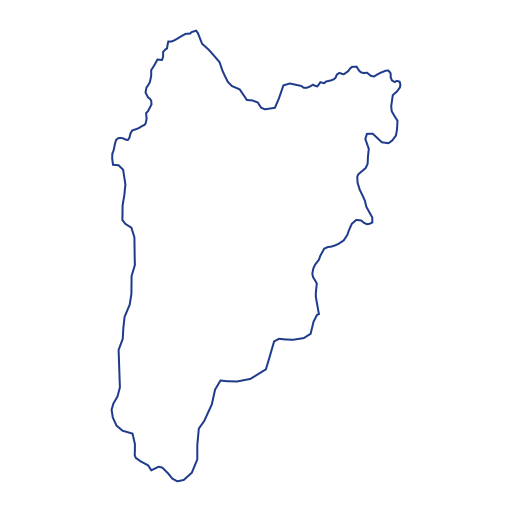 Keningau, Sabah, Malaysia (Equal Earth projection)
{"feature_id": "92858781B15741059593966", "entity_name": "Keningau", "entity_type": "district", "adm_level": 2, "iso_a3": "MYS", "parent_name": "Malaysia", "parent_adm1": "Sabah", "projection": "equal_earth", "projection_center": [116.308, 5.235], "detail": "fine", "context": "isolated", "style": "outline", "palette": "blue", "viewbox_px": 512, "rotation_deg": 0, "n_neighbors": 0, "source": "geoboundaries", "source_scale": "gbopen_adm2", "svg_char_len": 2845}
<svg xmlns="http://www.w3.org/2000/svg" viewBox="0 0 512 512"><path d="M151.3,470.3L158.7,466.7L162.4,467.7L168.4,473.7L172.3,478.6L177.3,481.3L183.7,480.0L191.8,472.7L197.3,459.4L197.3,445.1L198.8,428.6L204.2,421.0L211.8,404.4L215.1,389.5L220.5,380.5L226.7,381.2L237.0,381.5L250.4,378.9L265.9,369.3L269.4,357.7L274.1,341.4L279.0,338.8L284.9,339.4L292.8,339.8L303.7,338.1L310.6,333.8L313.6,321.5L317.0,314.9L318.9,314.1L315.8,296.7L315.8,293.1L316.8,283.4L315.3,280.8L313.1,277.2L312.3,273.8L313.3,268.5L315.1,264.6L319.0,259.6L320.2,256.0L324.2,248.7L327.9,247.0L330.9,246.7L334.3,245.7L338.3,244.0L343.7,240.4L347.4,234.8L348.6,231.1L351.8,223.8L356.3,219.9L361.2,220.5L363.9,222.8L366.9,224.2L369.6,223.8L372.3,222.5L372.3,217.5L370.1,213.6L366.4,206.9L364.9,200.7L362.5,195.4L359.7,189.7L357.5,182.4L357.3,176.5L358.4,174.2L365.7,168.0L367.6,163.9L368.0,156.1L368.8,148.9L365.3,139.0L366.9,133.9L372.7,133.7L381.9,142.3L388.5,143.2L392.1,140.6L395.9,135.6L397.0,129.6L397.5,120.7L394.5,116.1L391.7,111.2L391.2,106.1L392.8,95.1L396.9,91.5L399.9,87.5L400.4,84.5L399.6,81.7L396.9,80.9L394.7,82.0L392.0,80.5L390.7,77.5L390.7,74.3L390.4,72.9L388.3,70.5L385.7,70.7L383.0,71.8L380.6,72.7L377.0,74.6L374.1,76.5L370.8,75.8L367.0,72.7L363.7,73.1L360.7,72.2L359.0,70.5L356.6,66.7L353.9,66.8L352.0,66.9L350.0,68.6L348.1,71.2L343.8,74.3L342.2,73.9L339.4,72.9L336.8,74.6L335.7,77.5L334.0,79.2L330.8,80.5L328.6,80.9L326.1,81.5L324.2,83.2L322.6,82.8L320.4,82.2L318.8,84.5L317.3,86.4L315.0,85.8L313.0,84.7L309.4,86.8L306.2,87.9L303.5,87.7L301.5,86.0L289.9,83.5L283.4,85.4L278.9,98.5L274.9,107.8L264.8,109.3L261.0,107.6L257.8,102.5L252.2,100.4L246.9,100.0L239.7,89.4L231.8,86.0L227.8,81.8L224.7,75.6L222.3,70.3L219.5,62.1L213.5,55.1L208.6,49.6L204.6,46.0L202.1,43.8L199.6,37.5L198.1,33.5L196.2,30.7L191.8,32.0L189.9,33.7L188.0,33.7L185.5,33.9L182.8,35.4L179.5,37.3L176.8,39.0L173.6,40.7L171.4,41.5L168.3,41.5L167.6,44.7L167.0,48.5L165.4,49.4L163.1,51.9L163.1,56.6L162.1,59.9L160.5,59.9L157.5,59.5L154.2,65.5L151.2,70.1L151.2,75.8L149.9,82.0L148.2,85.1L146.5,87.5L145.5,92.4L147.9,97.2L149.8,98.7L151.2,100.6L151.5,104.4L148.0,111.2L146.1,113.1L146.6,118.6L145.8,122.9L144.7,124.8L142.5,125.8L138.6,128.2L135.9,129.2L132.2,130.5L131.0,132.4L130.3,134.1L129.4,137.9L127.8,140.0L126.1,139.8L123.5,138.5L120.9,137.9L118.5,138.1L116.3,139.6L115.2,142.8L114.4,146.6L113.6,150.4L112.3,153.8L112.2,158.7L113.0,164.8L118.5,165.2L123.1,169.7L125.4,184.5L124.3,195.3L122.6,205.5L122.4,220.1L125.4,223.9L131.4,227.7L134.4,237.3L134.7,258.7L134.9,265.0L131.6,275.9L131.4,293.9L129.7,304.7L124.6,316.8L123.4,327.4L122.7,339.0L118.6,349.9L119.9,387.4L117.5,396.5L113.4,403.5L111.6,409.7L112.8,417.5L116.5,425.6L122.5,430.7L132.5,433.6L134.9,444.0L134.9,450.4L134.7,455.1L135.7,457.8L140.7,461.4L148.2,465.4L151.3,470.3Z" fill="none" stroke="#1e3a8a" stroke-width="2"/></svg>